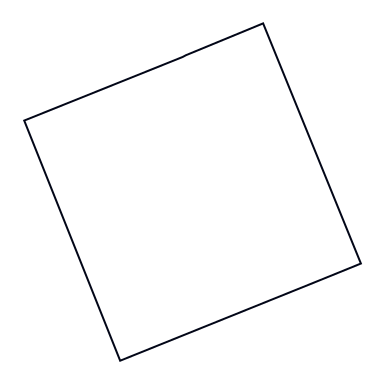 Castro, Texas, United States of America (Albers equal-area conic projection), rotated 338°
{"feature_id": "52423323B59330108654898", "entity_name": "Castro", "entity_type": "district", "adm_level": 2, "iso_a3": "USA", "parent_name": "United States of America", "parent_adm1": "Texas", "projection": "albers", "projection_center": [-102.185, 34.531], "detail": "fine", "context": "isolated", "style": "outline", "palette": "ink", "viewbox_px": 384, "rotation_deg": 338, "n_neighbors": 0, "source": "geoboundaries", "source_scale": "gbopen_adm2", "svg_char_len": 256}
<svg xmlns="http://www.w3.org/2000/svg" viewBox="0 0 384 384"><g transform="rotate(338 192 192)"><path d="M321.8,321.6L321.1,62.3L237.7,62.9L234.0,63.3L63.2,62.9L62.2,321.5L276.4,321.7L321.8,321.6Z" fill="none" stroke="#020617" stroke-width="2"/></g></svg>